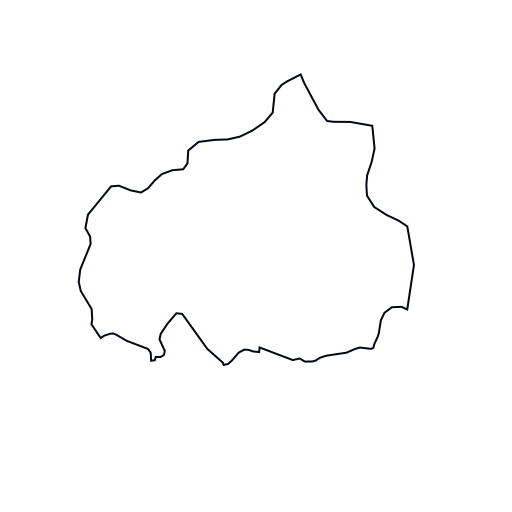 an SVG outline of Nayala, rotated 321°
{"feature_id": "BFA-2807", "entity_name": "Nayala", "entity_type": "Province", "adm_level": 1, "iso_a3": "BFA", "parent_name": "Burkina Faso", "parent_adm1": "", "projection": "orthographic", "projection_center": [-3.069, 12.674], "detail": "fine", "context": "isolated", "style": "outline", "palette": "ink", "viewbox_px": 512, "rotation_deg": 321, "n_neighbors": 0, "source": "natural_earth", "source_scale": "10m", "svg_char_len": 1381}
<svg xmlns="http://www.w3.org/2000/svg" viewBox="0 0 512 512"><g transform="rotate(321 256 256)"><path d="M428.3,228.0L415.7,247.2L404.9,255.8L393.2,263.2L386.4,270.3L380.2,279.0L378.7,292.4L383.4,306.5L389.0,318.1L392.2,328.2L373.1,362.4L339.9,392.7L337.0,387.0L329.3,381.3L320.0,381.0L312.6,384.5L302.6,393.5L299.1,395.7L292.9,398.7L289.3,401.3L286.9,400.5L279.1,392.5L274.3,390.5L265.5,388.1L247.7,377.6L241.5,375.3L236.6,374.8L233.5,373.5L228.0,369.2L227.2,368.0L226.0,364.4L225.3,363.1L219.1,360.0L201.2,329.3L198.0,332.6L193.8,328.5L191.3,324.5L188.1,321.4L181.7,320.2L171.3,322.1L166.2,322.3L162.3,320.2L163.1,318.0L159.7,297.5L162.2,254.6L158.1,250.4L144.6,252.9L132.8,256.6L128.5,260.2L125.4,272.3L122.3,274.9L118.3,274.5L114.6,271.4L112.4,272.8L111.7,273.3L108.6,271.4L113.3,264.9L113.6,260.3L102.1,240.5L97.9,229.3L96.3,226.4L93.5,224.5L87.9,222.4L83.7,222.0L85.1,205.6L89.0,202.0L94.9,193.8L97.8,172.9L102.0,164.5L110.9,155.9L135.0,142.6L139.3,136.5L141.0,126.9L151.5,118.1L187.2,110.7L193.7,115.1L199.8,126.0L206.6,134.3L214.6,135.4L224.6,133.6L234.4,133.1L245.0,136.7L254.0,142.8L261.0,140.9L269.7,131.4L283.2,131.2L297.2,139.9L307.2,147.5L318.6,153.1L332.0,156.2L346.9,157.4L359.2,155.1L372.6,141.6L383.4,139.2L390.1,139.9L405.0,143.0L402.3,151.9L396.6,181.6L396.2,195.8L400.7,200.5L413.6,211.1L428.3,228.0Z" fill="none" stroke="#020617" stroke-width="2"/></g></svg>